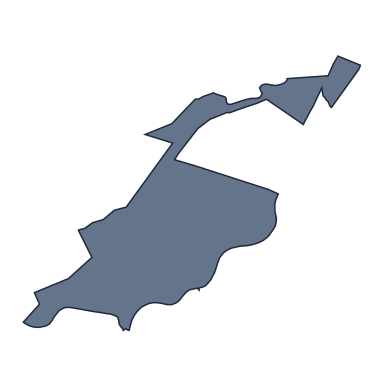 Marchand, Castries, Saint Lucia, rotated 94°
{"feature_id": "8701671B76853731017795", "entity_name": "Marchand", "entity_type": "district", "adm_level": 2, "iso_a3": "LCA", "parent_name": "Saint Lucia", "parent_adm1": "Castries", "projection": "equal_earth", "projection_center": [-60.985, 14.004], "detail": "fine", "context": "isolated", "style": "filled", "palette": "slate", "viewbox_px": 384, "rotation_deg": 94, "n_neighbors": 0, "source": "geoboundaries", "source_scale": "gbopen_adm2", "svg_char_len": 2260}
<svg xmlns="http://www.w3.org/2000/svg" viewBox="0 0 384 384"><g transform="rotate(94 192 192)"><path d="M46.2,55.9L54.1,59.8L67.2,64.6L66.6,64.6L72.3,105.1L73.8,105.1L76.3,106.9L78.5,110.9L79.9,115.8L79.7,120.6L79.2,123.4L79.2,126.7L80.6,129.9L83.2,131.9L86.5,130.4L88.4,129.1L90.9,129.5L93.1,131.4L94.1,134.4L94.6,140.0L96.4,145.8L97.1,147.4L98.6,151.3L100.4,155.7L101.4,158.1L102.1,160.2L101.7,161.8L101.8,162.7L99.6,164.0L96.3,164.4L94.7,166.0L92.8,174.3L91.6,177.5L96.0,187.6L98.6,191.5L99.2,195.2L117.0,210.1L125.2,216.8L137.9,242.8L144.6,214.7L211.7,256.6L215.6,268.2L225.7,278.6L229.6,289.1L235.8,296.5L237.4,301.7L238.1,302.7L264.2,287.3L287.0,309.2L303.4,342.2L314.6,336.3L333.6,351.2L334.6,349.7L336.2,346.3L336.8,345.0L337.8,340.1L337.8,336.1L337.4,334.3L337.1,332.7L336.2,329.7L335.9,328.5L334.8,326.7L333.5,324.9L331.9,323.9L329.4,322.3L326.2,320.8L322.2,318.1L320.3,316.7L319.4,316.1L316.9,312.2L316.0,309.8L315.7,305.8L315.9,302.7L316.4,298.3L316.9,292.6L317.6,287.3L317.8,285.2L318.2,280.8L318.7,274.1L319.3,268.3L319.5,264.5L320.2,261.9L320.5,260.9L321.9,257.5L325.3,256.2L328.2,255.6L329.3,255.1L329.8,254.8L331.1,253.7L331.9,253.1L332.6,252.3L333.0,251.7L334.9,251.0L333.0,248.5L334.2,246.5L334.4,245.0L330.3,244.4L324.9,243.3L319.3,241.1L315.0,238.4L310.6,234.7L308.1,230.8L306.1,226.8L305.0,222.5L304.9,218.3L305.2,214.4L306.1,209.0L305.8,204.5L303.9,200.3L301.4,197.3L297.0,194.3L293.0,191.4L289.9,188.0L288.5,183.2L287.6,180.1L289.4,178.1L287.1,178.1L286.4,175.5L285.8,174.1L285.0,172.7L284.0,171.5L281.9,169.8L278.6,167.3L270.9,163.9L266.7,162.8L260.4,161.3L255.8,159.9L250.9,156.8L247.7,153.1L245.2,148.6L244.0,144.7L242.7,140.1L241.7,133.4L240.6,129.0L239.2,125.1L237.7,121.7L235.3,117.5L231.3,113.2L228.8,111.4L223.3,108.1L219.8,106.5L215.9,105.9L211.9,106.0L207.8,107.3L205.2,108.0L202.4,108.2L198.6,108.5L194.9,108.1L189.8,106.5L188.0,105.8L184.4,115.1L175.8,149.7L165.7,190.6L161.0,211.6L154.8,208.4L128.3,190.6L118.2,179.1L110.1,162.3L110.4,160.2L104.4,146.6L99.0,133.4L94.3,124.2L116.9,85.7L114.7,84.8L103.0,79.6L97.9,77.1L87.2,73.0L85.1,72.1L79.2,69.9L87.1,67.9L88.1,66.5L90.8,64.5L92.3,62.5L96.9,60.3L98.0,58.8L65.8,38.9L58.4,34.3L53.8,32.8L50.4,43.2L46.2,55.9Z" fill="#64748b" stroke="#1e293b" stroke-width="1.5"/></g></svg>